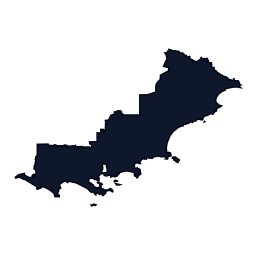 Albany, Western Australia, Australia (Albers equal-area conic projection)
{"feature_id": "25037944B82098291834434", "entity_name": "Albany", "entity_type": "district", "adm_level": 2, "iso_a3": "AUS", "parent_name": "Australia", "parent_adm1": "Western Australia", "projection": "albers", "projection_center": [118.161, -34.738], "detail": "fine", "context": "isolated", "style": "filled", "palette": "ink", "viewbox_px": 256, "rotation_deg": 0, "n_neighbors": 0, "source": "geoboundaries", "source_scale": "gbopen_adm2", "svg_char_len": 5854}
<svg xmlns="http://www.w3.org/2000/svg" viewBox="0 0 256 256"><path d="M37.3,144.3L37.3,154.1L37.1,155.4L36.0,156.7L36.6,157.1L36.1,157.3L36.5,157.9L35.6,158.4L35.3,159.4L35.8,161.2L35.2,162.4L35.7,162.9L35.6,164.0L35.1,164.0L35.2,164.9L34.3,165.5L34.5,166.7L33.9,168.6L35.6,170.2L36.3,173.2L34.7,174.8L33.5,174.3L32.3,175.4L32.6,176.1L34.2,176.2L34.4,177.2L32.8,176.6L30.8,177.5L29.0,177.5L24.7,175.2L24.5,174.7L24.4,173.4L18.8,174.7L15.9,176.7L15.4,177.3L15.5,178.0L19.7,177.2L24.1,179.5L24.6,179.3L36.3,186.4L37.2,187.5L36.8,188.0L37.1,189.1L38.2,189.2L39.0,188.4L41.0,188.0L41.3,186.6L41.9,186.6L41.9,187.1L42.8,186.5L46.1,187.9L49.9,190.1L54.2,193.5L54.5,195.7L55.1,196.7L55.6,196.1L56.9,196.8L57.1,195.8L57.6,195.7L59.1,196.8L59.4,195.3L58.3,195.0L57.5,193.1L58.8,190.7L58.7,188.9L60.7,188.0L59.6,185.4L59.7,184.3L64.1,181.2L65.5,181.0L67.6,182.5L68.9,181.3L76.4,182.9L87.3,188.5L91.2,192.3L92.6,192.0L93.9,192.5L94.6,193.8L95.8,194.8L96.1,193.6L96.6,193.3L99.0,193.5L99.5,194.5L101.8,193.3L101.8,194.0L102.7,194.4L102.3,195.3L103.1,195.6L103.6,195.4L103.6,194.6L105.8,193.2L105.5,191.4L105.8,190.9L106.7,191.1L106.8,190.5L111.0,190.5L111.6,191.4L113.2,192.1L112.4,191.1L112.7,190.7L112.0,189.5L110.5,188.5L107.2,190.1L104.2,189.9L103.1,188.9L102.8,189.4L102.2,189.3L101.5,188.6L100.9,186.5L100.9,184.6L101.5,183.6L100.6,183.0L99.5,183.2L98.7,182.2L98.9,180.5L97.9,180.6L98.4,181.9L97.4,182.7L99.9,184.2L99.9,186.0L99.2,187.4L97.5,188.0L94.3,186.8L93.0,184.7L91.9,184.5L91.4,183.3L89.5,183.2L89.6,182.5L88.7,182.1L88.6,181.3L89.0,179.1L90.2,178.1L93.9,178.5L94.4,179.4L94.8,179.1L97.2,180.2L98.7,179.6L99.3,178.2L98.3,177.6L98.6,176.2L100.4,174.2L102.9,173.0L101.6,171.9L101.5,170.9L101.7,170.2L102.5,169.9L102.7,167.1L102.3,165.5L102.9,163.6L106.9,165.0L107.3,163.4L106.4,162.7L107.5,163.0L107.1,165.2L106.4,166.5L107.3,169.5L107.3,171.8L105.9,172.6L103.3,172.7L102.9,173.7L104.7,175.6L106.1,176.0L110.0,175.1L110.8,175.7L110.7,177.0L113.4,176.1L115.1,176.9L115.8,175.8L116.4,176.2L117.6,175.8L117.8,174.5L119.0,173.9L118.9,173.3L120.4,172.3L125.6,170.9L129.5,171.2L133.9,172.5L135.1,174.0L134.5,174.3L135.3,175.7L137.4,175.7L137.3,177.4L136.9,177.1L136.8,177.6L137.8,177.3L138.7,175.4L139.4,174.9L138.5,173.9L138.8,172.9L140.3,171.4L139.8,170.3L140.1,169.7L139.0,168.8L138.1,168.9L137.2,167.7L136.1,168.6L134.7,167.7L134.3,165.3L135.1,162.9L135.6,162.6L136.1,163.1L136.8,162.4L138.3,163.3L139.8,163.1L140.1,163.6L140.5,163.4L139.5,162.1L141.9,159.4L144.1,158.5L144.8,159.2L145.8,158.7L146.4,159.1L147.1,157.5L150.0,158.2L152.7,158.1L153.1,157.4L152.6,156.6L155.8,156.7L157.6,154.5L157.2,155.7L158.4,156.5L159.6,156.0L161.3,156.9L164.0,156.5L165.7,157.4L165.9,158.1L165.5,158.6L166.1,158.5L166.6,159.2L167.5,158.9L167.9,158.2L167.4,156.9L171.0,155.8L170.2,154.9L170.9,154.2L170.2,152.8L168.2,152.3L167.5,152.8L166.6,152.0L166.3,147.7L167.1,142.8L169.8,136.1L173.1,131.5L177.9,127.7L180.9,126.1L183.1,125.9L183.0,125.1L184.2,124.4L186.2,124.2L187.6,123.2L188.7,123.4L188.8,122.6L190.2,122.1L191.8,121.9L192.6,122.4L193.7,120.9L195.8,121.1L196.6,119.8L198.5,119.1L202.1,120.0L202.9,119.4L202.9,117.7L205.0,115.9L207.4,115.4L210.1,113.7L213.1,114.1L213.1,113.4L214.3,112.6L214.4,111.9L216.5,110.9L216.4,109.5L217.3,108.1L219.7,107.3L221.6,105.8L217.9,104.8L217.8,103.8L216.5,103.3L215.6,100.4L216.4,97.1L218.6,94.0L222.3,91.3L225.2,90.1L225.0,89.4L226.0,88.6L232.4,87.2L236.4,86.9L240.6,87.6L239.4,86.5L239.9,85.2L240.5,85.0L239.8,84.8L239.5,83.4L238.9,83.4L239.1,81.4L238.8,82.0L237.3,81.4L237.8,80.8L234.8,80.8L234.1,80.3L234.1,78.8L233.4,79.1L233.3,80.1L232.4,80.8L231.4,80.6L231.6,80.2L230.5,79.6L229.4,79.9L229.6,79.5L227.8,78.7L227.6,78.0L225.7,76.7L223.2,76.3L222.3,75.1L220.7,75.2L220.1,74.1L219.1,74.4L218.9,73.3L217.5,72.7L215.7,70.5L214.4,70.9L213.9,70.0L214.3,68.8L213.9,67.5L213.0,67.8L211.1,66.2L211.7,64.5L211.0,63.9L211.5,62.9L208.3,62.5L208.5,61.2L207.2,58.5L202.4,58.7L201.3,57.4L200.6,58.2L201.5,60.7L199.3,59.8L196.7,62.0L195.2,61.1L193.7,61.1L193.0,61.6L192.4,61.2L193.2,60.4L192.9,60.0L190.2,59.0L189.6,56.4L187.2,57.1L186.6,56.6L186.4,55.4L184.4,55.5L184.2,54.3L183.1,53.9L182.9,53.1L179.7,52.9L179.2,51.8L177.9,51.1L176.8,51.8L175.6,50.6L174.3,51.1L168.9,49.4L168.9,51.2L167.5,51.2L167.5,52.9L164.9,52.9L166.2,55.1L167.2,59.7L166.2,60.3L163.5,66.3L168.8,67.7L168.6,70.8L160.5,75.2L160.2,79.8L159.5,80.2L159.5,81.2L158.3,81.2L156.2,84.3L156.3,86.2L155.8,86.2L155.9,92.0L147.5,94.8L139.8,94.9L139.8,115.0L123.1,115.0L123.1,114.3L121.6,114.3L121.6,112.1L120.7,112.1L120.7,110.9L117.1,110.9L116.9,111.9L114.5,111.9L114.5,114.1L110.9,115.2L108.5,120.2L104.7,120.4L105.7,120.6L105.3,132.1L104.0,132.3L103.9,130.0L103.4,130.0L103.3,129.4L100.8,129.4L100.8,132.9L97.1,132.9L97.1,141.8L89.5,141.9L89.7,143.8L91.5,144.7L91.6,147.6L89.3,147.6L89.3,147.0L85.0,147.0L85.0,147.6L83.0,147.6L83.0,146.6L75.4,146.6L75.4,145.5L73.7,146.4L73.5,145.8L68.3,146.3L68.3,147.3L67.4,147.3L67.4,145.7L65.9,145.8L65.9,145.1L64.4,145.1L64.4,145.7L56.6,145.8L56.6,146.3L55.8,146.3L55.8,144.9L54.2,144.9L54.2,145.7L52.2,145.7L52.2,146.2L51.1,146.2L51.1,145.4L49.0,145.4L49.0,146.3L48.6,146.2L48.1,144.1L37.3,144.3ZM175.9,161.7L178.0,162.5L178.3,161.1L179.2,160.5L179.3,159.8L175.1,156.9L173.7,157.3L172.9,156.8L173.2,157.3L172.4,157.5L172.4,158.2L173.7,158.8L174.1,160.3L175.3,160.4L175.9,161.7ZM95.2,205.5L95.5,206.1L95.3,205.5L96.0,204.8L93.7,204.1L92.2,205.0L95.2,205.5ZM116.4,184.9L118.9,185.0L120.1,184.6L115.8,183.7L116.5,184.4L116.4,184.9ZM114.3,181.5L117.0,181.4L117.4,181.0L115.7,180.3L114.5,180.7L114.3,181.5ZM140.6,173.9L140.9,173.3L139.9,172.6L139.8,172.9L140.6,173.9ZM204.1,122.0L204.5,122.0L204.9,121.6L204.5,121.3L204.1,122.0ZM91.4,205.3L92.1,206.6L91.8,205.5L91.4,205.3ZM134.6,175.5L134.9,176.2L135.4,176.3L135.0,175.6L134.6,175.5ZM101.8,184.2L102.1,184.5L102.7,184.1L101.8,184.2Z" fill="#0f172a" stroke="#020617" stroke-width="1.5"/></svg>